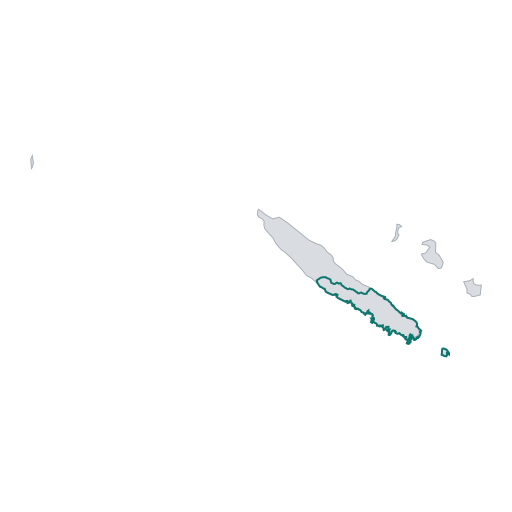 New Caledonia, with Sud highlighted
{"feature_id": "NCL-1259", "entity_name": "Sud", "entity_type": "Province", "adm_level": 1, "iso_a3": "NCL", "parent_name": "New Caledonia", "parent_adm1": "", "projection": "orthographic", "projection_center": [166.304, -21.993], "detail": "fine", "context": "in_parent", "style": "outline", "palette": "teal", "viewbox_px": 512, "rotation_deg": 0, "n_neighbors": 0, "source": "natural_earth", "source_scale": "10m", "svg_char_len": 7126}
<svg xmlns="http://www.w3.org/2000/svg" viewBox="0 0 512 512"><path d="M266.5,215.3L272.7,218.9L279.3,217.2L287.7,222.9L309.0,240.2L316.5,243.8L320.9,245.2L324.2,248.1L327.2,252.1L331.2,254.9L333.0,257.5L333.4,261.1L334.9,263.3L342.3,269.1L346.7,274.2L352.8,276.7L355.4,279.8L358.8,281.2L362.3,284.3L368.2,286.7L381.5,295.7L391.8,304.2L396.9,309.5L402.5,314.1L409.5,317.9L416.1,322.2L419.4,332.2L417.6,335.8L413.8,337.6L410.2,337.7L407.0,338.9L396.0,332.4L393.4,331.4L390.4,331.8L388.8,330.4L387.7,328.3L380.9,325.9L374.7,322.1L372.9,319.5L371.8,316.2L370.3,314.3L361.5,311.5L355.5,308.4L351.2,303.9L344.5,300.8L334.0,294.5L328.6,292.5L323.9,289.4L311.2,277.9L306.7,275.7L302.7,270.6L291.7,258.5L286.4,253.5L280.7,249.1L276.2,243.9L272.8,237.8L264.9,229.0L263.9,225.2L264.1,221.2L262.2,218.8L259.0,217.3L257.4,214.7L257.6,211.1L258.6,209.3L266.5,215.3ZM441.3,268.1L438.3,268.5L434.4,264.3L426.8,262.1L423.5,258.4L421.3,254.1L425.6,253.0L429.9,247.2L427.0,245.0L422.0,244.5L422.6,242.3L430.7,239.6L434.3,241.2L435.8,243.0L435.5,252.3L439.2,255.3L443.0,261.9L442.9,263.8L441.3,268.1ZM474.3,284.1L476.9,285.2L481.3,285.1L480.2,295.0L474.0,296.5L471.8,296.4L470.4,294.3L466.9,292.9L467.1,289.5L463.7,281.8L469.7,280.7L473.2,278.7L473.0,280.6L473.5,282.7L474.3,284.1ZM394.8,240.9L391.9,241.5L395.4,236.1L395.6,232.9L397.0,226.4L396.8,224.3L399.1,224.5L401.6,226.4L398.7,228.0L397.8,230.8L397.9,234.3L399.0,234.9L397.1,238.8L394.8,240.9ZM448.4,353.5L446.7,355.7L444.6,355.2L443.0,354.4L441.8,353.2L443.0,348.7L447.6,350.9L448.4,353.5ZM32.3,167.2L31.5,168.5L30.7,159.3L32.3,155.7L33.4,162.9L32.3,167.2Z" fill="#d9dde1" stroke="#a8b0b8" stroke-width="1"/><path d="M369.5,289.1L370.4,288.7L371.4,288.7L372.3,289.2L375.1,291.7L375.4,291.9L376.2,292.1L376.4,292.3L377.0,293.3L378.9,294.6L380.9,295.6L385.2,297.0L385.2,297.3L383.7,297.3L383.7,297.7L384.1,298.0L384.2,298.3L384.2,298.7L384.4,298.9L384.8,299.1L385.5,299.2L387.4,299.7L388.2,300.1L388.8,301.2L390.9,302.8L391.1,303.2L391.3,304.2L391.6,304.7L392.0,305.0L392.9,305.4L392.5,305.7L393.8,306.8L396.2,309.6L397.2,310.1L398.2,310.9L399.6,312.4L400.9,313.4L401.5,312.5L403.4,313.9L404.1,314.1L404.1,314.6L403.6,314.8L403.2,315.1L402.7,315.2L402.2,315.3L402.2,315.8L402.6,316.0L404.2,315.8L404.9,315.9L405.5,316.2L406.0,316.4L406.3,316.1L406.7,317.2L407.3,317.8L408.1,318.0L409.3,318.2L412.4,319.0L413.2,319.4L415.9,321.6L416.4,322.3L417.0,323.4L417.1,323.9L417.0,325.4L416.8,325.7L416.4,326.2L416.4,326.5L417.2,326.6L417.7,326.9L418.1,327.5L418.8,328.6L420.7,330.2L421.1,330.8L420.9,331.4L420.6,331.4L420.2,331.5L419.9,331.8L420.0,332.2L420.4,332.6L420.6,333.1L420.5,333.6L420.3,334.0L419.9,335.4L419.5,336.2L419.2,336.6L418.8,337.1L418.7,336.8L418.5,336.5L418.2,336.7L417.9,336.9L417.3,337.2L417.0,337.4L417.1,337.7L417.3,338.2L415.6,339.6L414.6,340.0L413.3,339.8L414.4,339.4L414.8,339.1L415.1,338.6L414.3,338.6L413.9,338.7L413.5,338.2L413.2,337.5L412.8,336.6L412.5,336.4L412.4,335.7L412.0,336.1L411.7,336.9L411.6,337.4L411.2,337.1L410.9,336.6L410.6,335.9L410.3,335.4L410.5,335.3L411.0,335.0L410.5,334.3L410.1,334.5L409.7,335.3L409.5,336.9L409.4,337.2L409.4,337.6L409.6,338.2L409.7,338.3L410.7,339.0L410.1,339.1L409.4,339.0L408.7,338.8L408.3,339.1L408.0,339.4L407.5,339.7L407.1,339.8L405.8,339.5L405.1,338.7L405.1,337.9L406.2,337.4L406.2,337.0L405.2,337.1L404.0,337.0L403.3,336.4L403.6,335.4L403.3,335.0L402.5,335.3L401.2,334.8L400.1,334.0L399.6,333.2L399.3,333.1L398.1,333.6L397.5,333.8L397.1,333.6L395.8,333.1L395.3,332.7L395.1,332.2L395.5,331.9L395.7,331.5L395.1,330.9L394.6,330.7L393.1,330.5L392.5,330.6L391.9,331.4L391.5,332.7L391.0,333.6L389.9,333.3L389.9,333.6L389.6,333.7L390.0,334.8L389.5,335.1L388.7,334.9L388.6,334.3L388.8,333.8L388.9,332.4L389.3,331.7L389.3,331.4L388.5,331.4L387.7,331.2L387.1,330.8L386.6,330.1L388.4,330.2L389.2,330.0L389.6,329.4L388.6,329.3L388.3,328.8L388.5,326.9L388.0,327.0L386.8,326.8L386.3,326.9L386.1,327.3L385.9,328.3L385.7,328.6L385.0,328.7L384.8,329.0L384.6,329.4L384.2,329.9L383.7,330.1L383.5,329.8L383.6,329.2L384.1,328.6L383.5,328.2L382.2,326.9L382.2,326.6L382.5,326.4L382.7,326.2L382.8,325.8L382.9,325.3L382.5,325.3L382.0,325.9L380.6,325.6L380.7,326.1L379.7,326.5L378.8,326.2L377.9,325.7L377.0,325.7L376.9,324.6L376.4,323.7L375.7,323.2L374.9,322.9L374.3,322.6L373.7,321.9L373.0,321.8L372.2,322.9L371.6,322.6L371.0,322.1L371.3,321.8L371.4,321.5L371.4,321.1L371.4,320.5L371.8,320.5L372.2,321.0L372.8,321.3L373.3,321.1L373.3,320.2L372.9,319.6L371.9,319.1L371.4,318.5L372.9,318.5L373.5,318.7L374.0,318.9L374.0,318.3L373.7,317.9L373.3,317.8L372.7,317.7L372.4,317.4L372.5,316.6L372.8,315.9L372.9,315.7L372.5,314.4L371.8,313.9L369.9,313.3L369.3,313.7L368.9,313.5L369.0,313.1L369.6,312.5L369.0,312.2L368.6,311.8L368.4,311.2L368.4,310.5L367.6,311.1L367.3,311.6L367.3,313.1L367.1,313.5L366.5,313.5L365.9,313.3L365.5,313.3L365.7,313.6L365.6,314.3L365.3,314.8L364.5,314.3L363.8,313.2L363.3,312.7L361.6,312.1L360.5,310.2L359.7,309.7L359.3,309.6L358.9,309.4L358.2,308.8L357.9,308.6L357.6,308.7L357.3,308.9L357.0,309.0L355.4,309.0L354.9,308.6L354.7,307.8L355.9,308.3L355.5,307.7L354.0,306.2L354.0,305.7L354.2,305.2L354.3,304.8L353.8,304.6L353.2,304.7L353.0,305.1L353.0,305.6L353.2,306.2L352.3,305.9L352.1,305.2L352.2,304.4L352.1,303.4L351.6,302.8L351.0,302.3L350.6,301.7L350.6,300.6L350.2,300.6L349.8,301.5L349.2,302.2L348.5,302.8L347.6,303.0L347.7,301.8L347.6,301.1L347.2,300.9L346.2,301.0L346.1,301.4L346.1,301.7L345.8,301.8L345.5,301.8L338.2,298.2L336.5,296.7L337.2,295.4L337.2,295.0L336.4,295.3L335.9,295.1L336.0,294.8L336.8,294.6L335.9,294.0L335.0,294.2L334.1,294.7L333.2,295.0L332.3,294.9L326.6,292.3L325.8,291.7L325.4,290.9L324.9,289.1L324.7,288.7L323.7,288.6L323.0,288.3L321.5,287.1L321.0,287.0L320.6,287.0L320.2,286.9L320.0,286.5L319.3,285.7L319.1,285.6L317.0,282.0L316.9,281.4L317.1,281.1L317.1,280.8L316.8,280.5L317.0,280.2L318.0,279.4L318.9,279.0L320.3,277.9L321.7,277.4L324.9,277.1L325.9,277.3L326.5,277.9L328.2,278.5L329.4,278.9L330.4,279.6L330.5,280.2L331.3,282.8L333.7,283.9L334.1,284.0L334.7,284.0L335.1,283.8L336.3,282.9L337.0,282.6L337.4,282.7L337.8,283.0L338.1,283.3L338.5,283.6L338.9,283.6L340.0,283.2L340.5,283.2L340.9,283.4L341.0,283.6L341.5,284.9L341.7,285.2L342.0,285.5L343.4,286.3L343.7,286.6L344.9,287.7L346.2,288.2L347.1,289.0L348.6,289.1L349.6,288.5L351.5,289.4L352.8,289.4L354.5,290.5L355.3,291.1L355.8,291.6L356.7,292.0L357.5,292.8L358.0,293.3L359.2,293.3L359.9,292.9L360.9,292.7L361.5,292.6L362.2,293.1L363.0,293.5L364.0,293.8L365.8,293.9L366.7,293.6L367.1,292.4L367.6,291.6L368.3,291.1L369.1,290.4L369.5,289.1ZM447.2,350.4L447.7,351.4L448.4,352.1L449.0,352.9L449.0,354.4L448.3,353.9L447.7,352.5L447.2,352.4L446.9,352.8L446.9,353.6L447.1,355.0L446.4,356.3L444.7,356.1L441.6,354.8L441.9,353.3L442.0,349.9L442.4,348.7L443.4,348.5L444.8,348.8L446.2,349.5L447.2,350.4ZM408.4,340.2L409.2,340.0L409.7,340.0L410.2,340.4L410.7,341.0L410.7,341.7L410.5,342.1L410.3,342.1L409.9,341.8L409.5,342.1L409.2,342.3L408.4,342.6L408.4,342.9L409.5,343.1L409.4,343.5L408.8,343.9L408.4,343.9L408.0,343.8L407.3,343.6L406.8,343.2L407.1,342.4L407.5,341.7L407.6,341.1L407.8,340.6L408.4,340.2Z" fill="none" stroke="#0f766e" stroke-width="2"/></svg>